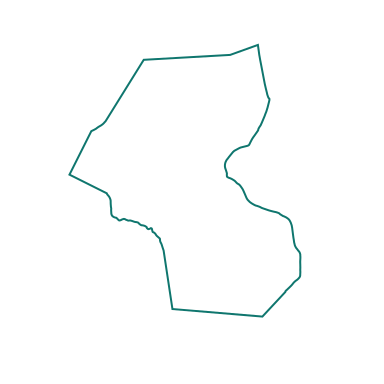 the district of Proteccion, Santa Bárbara, Honduras, rotated 161°
{"feature_id": "27666195B44112403281075", "entity_name": "Proteccion", "entity_type": "district", "adm_level": 2, "iso_a3": "HND", "parent_name": "Honduras", "parent_adm1": "Santa Bárbara", "projection": "mercator", "projection_center": [-88.617, 15.083], "detail": "fine", "context": "isolated", "style": "outline", "palette": "teal", "viewbox_px": 384, "rotation_deg": 161, "n_neighbors": 0, "source": "geoboundaries", "source_scale": "gbopen_adm2", "svg_char_len": 5823}
<svg xmlns="http://www.w3.org/2000/svg" viewBox="0 0 384 384"><g transform="rotate(161 192 192)"><path d="M87.5,274.0L86.9,278.2L85.4,288.6L84.6,294.3L83.9,298.7L83.8,299.5L83.0,303.5L82.2,307.6L81.8,309.6L111.3,309.2L194.6,332.7L248.9,288.5L250.9,286.9L252.0,286.4L252.6,286.0L253.8,285.4L254.9,285.0L256.2,284.6L257.7,284.3L258.7,284.1L259.3,284.0L260.5,283.6L261.3,283.4L262.0,283.1L263.1,282.9L264.2,282.7L267.4,282.3L302.2,248.3L273.0,218.5L273.0,217.9L273.0,217.7L272.7,216.7L272.5,216.3L272.3,215.7L272.1,215.2L271.9,214.7L271.8,214.0L271.7,213.4L271.6,212.7L271.6,212.1L271.6,211.6L271.6,211.2L271.7,210.9L271.7,210.5L271.9,209.8L272.2,208.9L272.4,208.3L272.8,207.0L272.9,206.6L273.1,205.8L273.4,204.7L273.5,204.1L273.6,203.6L273.7,203.1L273.8,202.6L274.1,201.8L274.3,201.4L274.9,199.3L275.2,198.2L275.3,198.0L275.3,197.7L275.4,197.4L275.4,196.7L275.4,196.4L275.3,196.1L275.3,195.7L275.1,195.3L274.9,194.9L274.7,194.5L274.4,194.2L274.2,193.9L273.8,193.5L273.3,193.1L272.9,192.8L272.6,192.6L272.3,192.4L272.0,192.3L271.9,192.2L270.7,189.7L270.5,189.3L270.3,189.1L270.2,188.9L269.8,188.7L269.6,188.6L269.3,188.6L268.9,188.6L268.6,188.6L268.1,188.6L267.8,188.7L267.0,188.8L266.6,188.8L266.1,188.8L265.8,188.8L265.5,188.8L265.1,188.7L264.9,188.6L264.6,188.4L264.3,188.2L264.1,188.0L263.5,187.3L263.0,186.9L262.5,186.5L262.0,186.0L261.5,185.7L261.2,185.6L260.8,185.5L260.3,185.4L260.2,185.4L259.7,185.2L258.6,184.5L257.3,183.5L256.8,183.1L256.2,182.6L255.7,182.3L255.4,182.1L254.8,181.8L254.3,181.6L253.7,181.2L253.3,180.9L253.2,180.8L253.0,180.7L252.9,180.5L252.6,180.0L252.4,179.6L252.2,179.0L251.9,178.6L251.7,178.3L251.5,178.0L251.1,177.5L250.7,177.1L250.4,176.9L250.1,176.8L249.6,176.6L249.3,176.4L248.8,176.1L248.2,175.7L247.8,175.4L247.6,175.2L247.4,175.0L247.0,174.5L246.5,173.9L246.4,173.6L246.3,173.4L246.4,173.0L246.3,172.7L246.3,172.4L246.2,172.2L245.9,171.7L245.7,171.4L245.5,171.2L245.3,171.1L245.1,171.0L244.7,171.0L243.7,171.0L243.0,171.1L242.7,171.2L242.4,171.0L242.1,170.8L242.0,170.5L242.0,170.3L241.9,169.9L242.0,169.6L242.2,167.4L242.2,167.2L242.0,166.8L241.6,166.5L241.4,166.3L241.2,166.1L241.0,165.9L240.8,165.4L240.4,164.8L240.3,164.6L240.2,164.3L240.2,164.1L240.1,163.6L240.0,163.2L239.7,162.3L239.6,162.0L239.2,161.3L237.7,158.7L237.6,158.4L237.6,158.2L237.6,157.8L237.7,157.6L237.9,157.2L237.9,156.8L238.1,156.2L238.1,155.7L238.1,154.9L238.1,154.7L238.1,154.4L238.0,154.2L237.9,153.6L237.8,152.4L237.9,148.4L237.9,145.9L248.6,87.7L166.0,51.3L136.3,67.1L136.2,67.3L136.1,67.5L135.9,67.7L135.7,67.9L135.3,68.1L134.7,68.4L133.6,68.8L133.3,69.0L131.3,69.9L129.0,71.0L128.2,71.4L127.2,72.0L126.7,72.3L126.1,72.7L125.8,72.9L125.3,73.2L124.7,73.5L123.8,73.9L123.1,74.2L122.4,74.4L121.4,74.7L120.8,74.9L120.3,75.1L119.7,75.4L119.2,75.7L118.4,76.1L118.2,76.3L117.9,76.5L117.7,76.7L117.5,76.9L117.3,77.1L117.2,77.3L117.1,77.5L116.9,77.8L116.2,79.6L115.6,81.1L115.1,82.8L114.2,85.2L113.1,88.6L112.7,89.9L112.3,91.1L111.5,93.1L111.1,94.1L110.7,95.2L110.3,96.6L110.2,97.0L110.0,97.5L109.9,98.3L109.9,98.8L109.9,99.3L109.9,99.8L110.0,100.2L110.1,100.6L110.2,101.0L110.7,102.1L110.9,102.9L111.2,103.8L111.6,104.9L111.8,105.5L111.9,106.2L112.0,106.9L112.1,107.6L112.1,108.3L112.0,109.2L111.9,110.1L111.9,110.7L111.6,112.3L111.3,113.8L111.0,115.7L110.0,120.6L109.1,124.9L108.9,125.9L108.8,126.8L108.6,127.9L108.6,128.4L108.6,129.1L108.6,129.7L108.6,130.7L108.7,131.6L108.8,132.2L108.9,133.0L109.0,133.5L109.2,133.9L109.3,134.3L109.4,134.6L109.6,135.0L109.8,135.3L110.1,135.8L110.4,136.2L110.6,136.5L110.9,136.9L111.3,137.4L111.7,137.8L112.2,138.3L112.8,138.9L113.4,139.4L113.7,139.6L113.9,139.8L114.3,140.3L115.0,141.2L115.6,141.9L116.0,142.4L116.3,143.1L116.5,143.4L116.7,143.7L117.1,144.0L117.3,144.2L118.0,144.8L118.6,145.2L119.1,145.6L120.3,146.3L121.9,147.3L122.8,147.9L124.0,148.7L125.3,149.6L128.0,151.7L130.2,153.4L131.3,154.3L131.6,154.6L131.9,155.0L132.1,155.2L132.7,155.8L133.4,156.4L134.4,157.2L134.9,157.6L135.8,158.2L136.5,158.7L136.8,159.1L137.2,159.4L137.5,159.8L138.4,160.8L139.4,162.0L140.1,163.0L140.6,163.7L140.9,164.3L141.1,164.8L141.4,165.3L141.6,165.8L141.8,166.3L142.0,166.7L142.1,167.3L142.3,167.9L142.3,168.3L142.4,168.8L142.7,173.1L143.0,176.8L143.1,177.3L143.1,177.7L143.3,178.6L143.7,180.1L144.0,181.1L144.3,182.1L144.5,182.6L144.6,182.9L144.8,183.2L145.0,183.7L145.2,184.0L145.5,184.3L145.9,184.8L146.3,185.2L146.5,185.6L146.7,185.9L146.9,186.3L147.1,186.7L147.4,187.5L147.7,188.1L147.9,188.5L148.1,188.8L148.6,189.5L149.0,190.0L149.6,190.7L150.1,191.3L150.7,191.9L151.2,192.4L152.0,193.0L152.4,193.3L153.0,193.9L153.3,194.2L153.6,194.6L153.8,194.9L153.9,195.1L153.9,195.3L153.8,195.7L153.4,197.1L153.0,198.1L152.9,198.3L152.9,198.5L152.8,201.2L152.8,204.0L152.7,204.3L152.7,204.7L152.6,205.3L152.4,205.8L152.3,206.2L152.0,207.0L151.8,207.4L151.5,207.9L151.3,208.3L151.1,208.6L150.7,209.1L150.5,209.4L150.1,209.8L149.6,210.3L149.1,210.8L148.7,211.1L147.1,212.1L145.8,213.0L143.4,214.5L141.0,216.0L140.6,216.2L140.2,216.5L139.6,216.7L139.0,217.0L138.7,217.1L138.4,217.2L133.0,218.1L132.6,218.1L132.1,218.2L131.7,218.2L131.3,218.2L124.4,217.6L124.1,217.6L123.7,217.7L123.4,217.7L123.2,217.8L122.6,218.0L122.4,218.2L122.2,218.4L120.5,220.1L118.5,222.0L117.6,222.8L117.2,223.1L116.3,223.8L115.0,224.7L111.4,227.3L109.8,228.5L109.6,228.6L109.4,228.8L109.3,229.0L109.0,229.5L108.7,229.9L108.5,230.2L108.3,230.4L107.6,231.0L106.9,231.6L106.5,231.9L105.8,232.4L105.4,232.7L105.1,233.0L104.2,234.0L103.5,234.7L101.0,237.5L98.5,240.3L97.4,241.7L95.5,243.9L94.4,245.4L94.0,246.0L93.3,246.9L92.3,248.4L90.8,250.7L90.2,251.6L89.0,253.5L88.8,253.9L88.7,254.3L88.6,254.5L88.5,254.8L88.5,255.0L88.6,255.3L88.8,255.6L88.9,255.9L89.0,256.1L89.0,256.3L89.1,257.0L89.1,257.7L89.1,258.4L89.1,259.7L88.9,261.2L88.5,265.8L88.0,270.5L87.5,274.0Z" fill="none" stroke="#0f766e" stroke-width="2"/></g></svg>